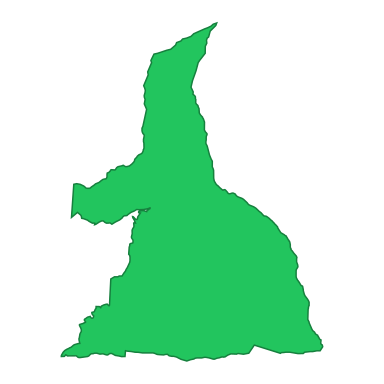 the district of Vazquez de Coronado, San José, Costa Rica
{"feature_id": "36466004B47934258203273", "entity_name": "Vazquez de Coronado", "entity_type": "district", "adm_level": 2, "iso_a3": "CRI", "parent_name": "Costa Rica", "parent_adm1": "San José", "projection": "orthographic", "projection_center": [-83.961, 10.077], "detail": "fine", "context": "isolated", "style": "filled", "palette": "green", "viewbox_px": 384, "rotation_deg": 0, "n_neighbors": 0, "source": "geoboundaries", "source_scale": "gbopen_adm2", "svg_char_len": 5988}
<svg xmlns="http://www.w3.org/2000/svg" viewBox="0 0 384 384"><path d="M191.0,87.2L192.5,80.7L196.0,70.8L198.2,62.6L199.8,60.2L205.2,53.3L205.3,46.3L206.8,43.2L206.5,40.2L207.2,38.1L208.6,37.0L210.2,31.1L215.8,25.5L216.7,23.0L213.2,24.2L211.1,26.1L207.8,27.7L204.6,28.9L193.8,33.7L191.0,36.4L186.6,38.1L182.6,39.0L180.9,41.0L176.6,42.6L175.6,45.1L170.7,49.3L166.9,50.2L157.6,53.3L154.0,54.1L150.9,60.5L151.6,62.7L147.7,71.9L148.2,74.9L143.7,85.7L144.7,88.1L145.3,90.2L145.1,92.3L144.2,95.5L144.3,97.1L145.1,99.4L144.3,103.9L146.6,109.3L142.9,126.3L142.0,128.2L142.0,130.7L142.3,132.1L143.0,133.6L143.3,134.0L143.5,134.0L144.2,135.2L144.0,137.1L143.5,139.2L143.5,141.7L143.9,143.1L144.0,147.7L143.8,148.9L143.3,149.7L143.1,151.2L142.1,153.1L141.0,153.9L138.9,154.8L137.3,156.2L136.6,157.4L135.1,158.8L134.6,159.9L134.4,161.1L134.0,161.7L132.1,163.8L129.9,165.6L129.2,166.0L128.0,166.3L127.0,166.6L125.5,166.6L124.4,166.1L123.6,165.4L123.0,165.3L122.4,165.7L118.0,166.7L116.7,167.6L115.6,169.3L114.9,170.0L111.6,169.7L110.7,170.0L110.1,171.2L109.4,171.9L108.8,172.4L107.2,173.1L107.0,174.7L107.0,177.0L106.6,178.0L105.9,178.9L104.5,179.0L102.8,179.5L101.1,180.7L99.1,182.4L95.5,183.9L94.0,185.2L91.2,187.1L90.5,187.9L89.3,188.3L87.0,188.3L86.1,188.1L85.3,187.5L84.7,186.7L83.3,185.8L80.1,184.3L76.6,183.7L73.8,184.3L71.5,217.4L77.5,212.4L80.6,215.0L81.0,215.5L81.4,216.6L81.7,218.3L83.7,218.7L87.6,220.2L89.0,221.3L92.3,223.1L94.2,223.1L94.9,223.3L94.9,223.6L94.6,224.7L95.8,224.3L99.5,221.9L101.8,220.9L103.4,221.0L104.8,222.3L106.3,223.1L108.2,223.1L110.0,222.9L111.9,224.2L115.6,221.9L119.7,219.9L122.0,218.1L123.0,216.7L124.1,215.9L124.4,215.7L126.0,215.7L127.0,215.5L128.0,214.5L131.1,212.3L133.9,211.2L136.7,209.5L139.0,209.7L143.8,209.5L147.4,208.8L149.0,208.3L149.7,207.9L150.0,207.9L150.0,208.6L149.2,208.9L148.4,209.8L147.2,210.0L146.7,211.6L143.5,210.6L141.1,210.7L138.9,211.4L138.6,211.9L138.7,212.7L140.4,213.0L138.0,216.5L137.7,217.1L137.5,218.7L136.9,219.5L135.5,219.2L133.3,216.8L132.6,216.6L132.8,217.7L134.3,220.1L135.4,223.0L134.2,222.7L133.7,223.1L133.9,225.4L133.9,226.8L132.5,229.1L132.1,230.3L132.2,233.8L131.4,237.0L131.6,237.9L133.0,240.2L133.0,242.2L132.7,243.0L130.7,243.5L129.8,244.1L129.7,245.8L129.2,247.1L128.7,254.2L129.7,255.5L130.0,257.0L130.0,260.8L129.7,262.4L127.3,267.6L126.2,269.3L125.3,271.3L124.0,272.9L122.0,276.0L119.2,276.0L117.9,276.8L114.5,276.8L110.8,279.0L109.5,305.2L109.2,305.7L108.8,305.7L107.2,304.1L105.9,304.3L103.6,305.0L101.5,306.1L101.7,305.9L101.5,306.0L101.1,306.5L100.7,307.6L99.5,306.6L96.1,306.5L96.0,308.5L95.3,309.2L94.3,311.6L93.3,312.1L92.0,312.3L91.8,312.6L92.0,313.7L92.4,314.6L93.7,315.9L93.4,317.3L93.0,317.9L92.5,318.2L91.8,318.2L91.2,317.9L90.7,317.4L90.2,316.4L87.5,317.2L85.6,318.6L84.7,319.1L84.4,319.5L84.4,320.3L85.6,322.0L85.5,322.3L83.6,323.1L83.6,323.3L79.8,324.4L79.4,324.9L79.6,325.7L80.8,328.1L81.3,329.7L81.3,331.4L80.3,333.2L79.9,334.2L79.3,337.8L79.0,338.5L79.0,339.9L79.8,343.4L78.4,343.5L74.6,344.6L73.6,345.1L71.2,347.2L69.7,347.8L68.4,348.6L67.1,349.1L64.8,350.5L63.2,352.2L61.6,355.0L61.3,355.9L61.3,356.5L64.4,356.4L65.8,354.8L66.7,355.3L67.3,355.9L76.3,355.8L77.9,357.2L78.7,357.5L79.9,357.6L87.7,356.5L89.0,355.8L90.4,354.3L91.5,353.7L93.1,353.7L94.5,353.2L96.8,353.2L99.9,354.1L103.1,353.8L104.7,354.4L106.5,354.9L107.7,354.9L108.6,354.4L109.4,353.7L109.9,353.5L111.8,353.5L115.3,355.4L119.1,356.0L121.5,356.6L125.0,356.5L125.5,350.7L125.8,350.7L126.9,351.1L131.1,351.5L135.1,352.2L138.2,352.3L142.4,352.9L153.0,352.9L154.8,353.4L157.1,354.4L158.8,354.6L163.6,354.9L165.6,354.4L167.4,354.3L169.2,355.8L171.8,356.3L173.7,356.3L176.5,357.0L181.0,359.3L186.8,361.0L190.5,359.7L193.9,359.0L195.2,358.2L197.2,357.9L201.8,357.9L204.5,357.3L205.7,357.3L209.1,357.9L213.1,359.1L214.7,359.1L216.9,358.2L219.3,357.8L222.0,356.9L223.4,357.1L225.0,356.9L227.8,355.1L230.8,353.9L236.5,354.1L238.0,353.5L243.5,354.2L248.8,353.2L254.3,345.1L280.4,353.3L281.5,352.6L283.8,352.5L285.7,352.2L289.8,352.2L298.0,353.6L303.2,353.5L304.7,352.2L310.0,351.6L312.6,351.6L316.8,350.8L320.1,350.8L322.7,346.8L322.3,345.0L321.4,344.4L320.7,343.3L321.0,340.5L320.9,339.8L320.2,339.6L319.5,338.9L318.9,337.6L318.4,337.0L318.4,336.6L317.9,336.0L317.6,335.2L315.5,334.0L314.6,332.2L312.7,330.6L311.8,329.0L309.2,323.0L309.0,321.9L307.8,319.5L308.1,309.4L308.4,308.2L308.4,307.2L308.7,306.7L308.7,306.0L309.1,305.5L309.1,302.2L308.4,300.6L307.4,299.0L305.0,295.8L304.3,294.3L303.3,290.7L303.3,289.7L302.6,286.3L302.0,285.8L301.7,285.8L301.1,285.5L300.8,285.0L299.5,282.9L299.3,282.3L299.0,282.2L298.0,280.6L297.7,280.4L296.4,277.9L296.1,276.5L296.1,270.6L296.4,269.4L297.7,267.3L297.9,266.7L297.7,264.9L296.6,261.9L296.6,258.9L296.9,257.4L296.2,255.9L293.8,253.2L292.3,251.0L291.5,250.2L291.0,249.4L291.0,248.7L290.6,248.2L290.3,246.9L290.3,244.7L289.8,242.2L289.5,241.4L289.2,241.3L288.9,240.4L288.2,239.7L286.8,237.1L286.5,237.0L286.1,235.9L284.9,235.4L284.2,234.7L280.8,232.7L277.8,228.0L277.6,227.0L276.0,225.1L274.8,224.0L273.7,222.6L272.8,221.8L272.1,220.9L270.5,219.7L269.4,218.5L267.1,216.8L266.1,216.2L264.3,216.0L263.5,215.5L261.0,212.7L259.1,211.3L255.9,208.2L253.7,206.8L249.5,205.1L248.4,204.4L247.1,202.7L243.5,199.3L241.7,198.2L241.3,198.2L241.1,198.0L238.8,197.2L237.5,196.6L236.2,195.6L235.4,194.2L234.8,193.8L233.2,193.1L232.1,193.1L229.9,193.8L229.1,193.8L228.2,193.3L227.7,192.8L227.3,192.1L225.4,190.0L224.9,189.7L224.0,189.7L223.0,190.2L222.4,189.9L219.6,187.5L218.2,186.0L216.4,184.6L214.7,181.8L214.2,180.8L213.7,178.2L213.6,170.4L213.3,169.2L212.3,166.8L212.3,161.2L211.2,159.2L209.5,155.0L207.2,146.1L205.9,143.5L205.9,141.6L206.2,139.9L206.2,137.1L206.4,136.1L207.0,134.7L207.0,133.8L206.7,133.3L205.5,132.0L204.4,130.0L204.5,122.1L203.4,118.9L202.5,117.5L202.5,117.1L200.7,115.2L199.3,113.0L199.0,108.5L198.3,107.2L197.9,105.5L196.5,104.2L196.0,103.5L195.7,102.6L195.8,99.4L195.4,98.7L195.4,96.9L194.7,95.7L193.0,94.3L193.2,91.9L191.0,87.2Z" fill="#22c55e" stroke="#15803d" stroke-width="1.5"/></svg>